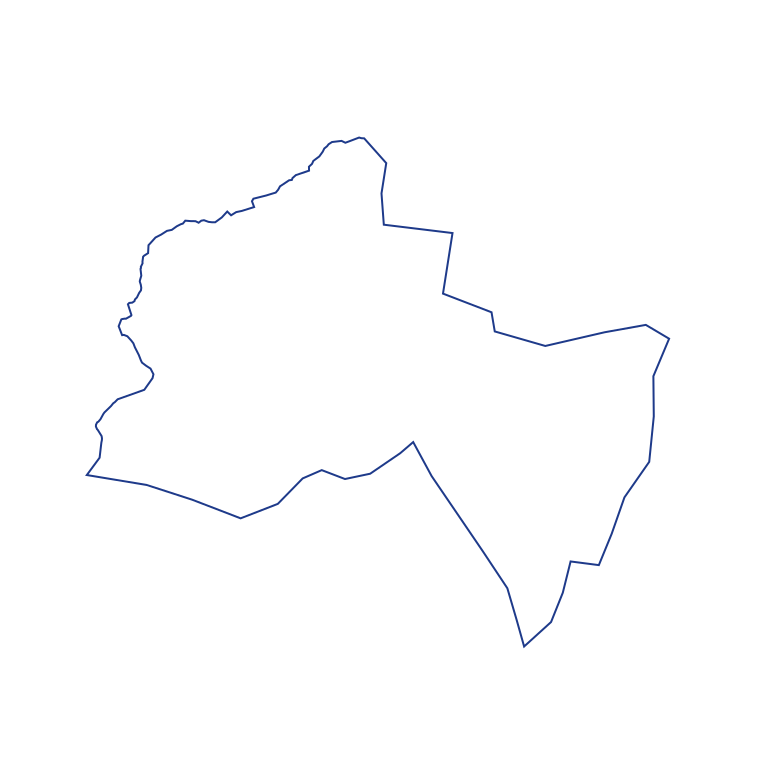 the district of Ablekuma North Municipal, Greater Accra, Ghana, rotated 26°
{"feature_id": "2480657B23952932171735", "entity_name": "Ablekuma North Municipal", "entity_type": "district", "adm_level": 2, "iso_a3": "GHA", "parent_name": "Ghana", "parent_adm1": "Greater Accra", "projection": "orthographic", "projection_center": [-0.267, 5.581], "detail": "fine", "context": "isolated", "style": "outline", "palette": "blue", "viewbox_px": 768, "rotation_deg": 26, "n_neighbors": 0, "source": "geoboundaries", "source_scale": "gbopen_adm2", "svg_char_len": 1989}
<svg xmlns="http://www.w3.org/2000/svg" viewBox="0 0 768 768"><g transform="rotate(26 384 384)"><path d="M255.9,173.0L253.6,173.4L246.0,181.5L243.5,184.1L239.3,184.1L231.2,189.3L229.1,192.8L228.6,195.3L227.1,198.5L227.1,202.0L226.1,207.8L222.7,214.4L222.8,217.7L221.3,221.6L223.1,225.1L213.2,234.9L211.5,239.0L211.7,241.0L209.4,242.5L203.9,251.9L203.7,255.8L202.8,259.4L199.0,262.9L195.5,266.2L185.4,274.7L185.2,277.6L189.7,281.9L180.3,290.8L175.8,294.3L172.6,299.4L167.5,297.7L165.2,305.4L161.4,312.6L158.6,314.0L155.2,315.2L150.4,315.7L148.2,317.3L146.7,320.3L143.2,320.3L138.7,322.4L133.8,324.3L132.9,328.0L131.3,329.5L128.6,333.1L125.7,338.5L121.8,341.5L118.2,347.4L114.4,352.5L111.5,362.5L114.6,369.8L112.1,373.9L111.7,375.2L113.3,380.0L114.1,381.4L114.1,385.3L114.7,386.2L114.7,387.3L118.4,393.1L119.1,397.3L119.3,398.2L119.6,399.0L121.9,401.4L123.7,404.0L124.5,406.4L124.0,409.3L124.0,411.9L124.0,414.5L123.5,416.0L123.1,417.2L123.4,418.9L122.1,421.2L119.5,422.8L118.9,424.6L126.8,432.8L126.7,433.7L123.4,438.5L122.5,438.8L120.2,440.4L119.6,441.1L120.2,448.4L127.2,454.9L128.7,453.9L132.4,453.6L137.7,455.7L140.9,457.3L144.0,460.2L150.9,465.4L155.0,469.2L156.1,470.1L157.2,470.9L162.3,471.9L167.4,472.5L172.5,476.3L173.4,480.2L171.1,494.3L151.3,514.5L150.0,518.4L149.1,520.0L148.3,523.5L145.2,532.1L144.9,533.9L144.6,540.0L144.2,541.5L143.8,543.1L143.0,544.2L143.0,546.9L143.7,548.5L145.9,550.4L146.8,550.7L153.0,554.6L154.3,556.4L155.0,558.0L155.7,560.7L160.7,574.9L156.8,596.1L214.9,578.8L262.2,572.1L314.0,567.6L341.1,538.3L352.3,504.5L365.8,488.7L390.6,486.5L410.9,470.7L428.9,439.1L435.7,423.4L467.2,445.9L546.1,491.0L584.4,513.5L607.0,538.3L625.0,558.5L638.5,524.7L636.2,493.2L629.5,461.7L656.5,452.6L654.3,418.8L649.8,380.5L656.5,337.7L640.7,294.9L622.7,258.9L620.4,218.3L593.4,216.1L559.6,240.8L512.3,279.1L460.5,288.2L449.2,272.4L397.4,276.9L379.4,218.3L314.0,240.9L298.2,213.8L289.2,184.5L258.5,171.9L255.9,173.0Z" fill="none" stroke="#1e3a8a" stroke-width="2"/></g></svg>